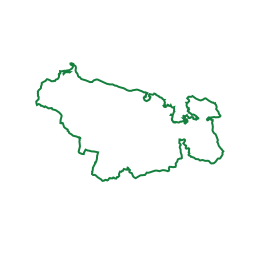 the district of Memba, Nampula, Mozambique, rotated 294°
{"feature_id": "85939544B76219123027909", "entity_name": "Memba", "entity_type": "district", "adm_level": 2, "iso_a3": "MOZ", "parent_name": "Mozambique", "parent_adm1": "Nampula", "projection": "natural_earth1", "projection_center": [40.424, -13.966], "detail": "fine", "context": "isolated", "style": "outline", "palette": "green", "viewbox_px": 256, "rotation_deg": 294, "n_neighbors": 0, "source": "geoboundaries", "source_scale": "gbopen_adm2", "svg_char_len": 5950}
<svg xmlns="http://www.w3.org/2000/svg" viewBox="0 0 256 256"><g transform="rotate(294 128 128)"><path d="M112.0,35.5L113.5,36.6L113.6,37.2L113.5,38.7L112.9,39.3L113.3,40.5L113.1,43.1L114.1,43.6L113.6,47.4L115.2,50.2L114.3,51.3L114.9,54.6L114.2,58.7L113.0,61.6L112.0,62.5L107.8,63.2L105.0,64.3L105.2,65.2L105.8,65.6L105.9,66.5L102.9,69.2L102.4,70.6L102.0,73.6L100.8,74.0L100.7,75.3L99.8,75.9L99.5,76.4L99.2,78.9L98.6,81.0L99.3,84.5L99.2,86.1L99.7,87.1L99.6,88.3L99.3,88.6L98.3,88.1L97.4,88.8L96.1,89.0L91.7,91.6L86.4,92.5L86.0,92.8L85.5,93.7L85.6,96.4L86.2,98.2L87.7,97.8L91.0,98.1L91.0,100.2L91.5,101.8L91.8,104.2L92.8,106.8L93.6,110.6L89.7,111.2L87.4,112.1L84.4,112.6L83.5,112.1L83.1,112.5L82.6,112.1L81.7,112.4L77.6,112.1L74.5,113.1L73.5,112.9L72.8,113.6L71.8,113.6L71.2,113.9L70.9,115.1L71.6,116.7L71.6,117.7L70.6,120.6L70.1,124.3L69.3,126.2L70.3,127.6L71.1,128.1L71.6,128.7L71.7,130.5L72.8,131.1L74.0,131.2L74.9,131.7L75.0,132.8L75.7,134.3L76.7,134.6L76.9,135.1L76.6,136.5L77.0,137.8L78.8,138.0L79.2,138.9L80.7,139.5L82.3,138.5L84.9,138.4L85.4,139.8L86.6,140.1L86.9,140.8L88.9,140.9L89.3,143.5L89.8,144.7L90.3,144.6L90.3,144.1L90.6,143.9L91.6,143.8L91.6,144.3L90.9,145.3L90.6,146.6L90.2,146.9L88.7,146.9L88.3,147.3L88.1,148.1L88.3,149.8L85.8,152.5L85.4,153.8L85.3,155.4L89.8,158.6L92.0,162.6L94.9,163.3L95.4,164.9L100.0,170.0L100.8,171.5L101.4,174.4L103.2,176.3L104.0,177.7L104.6,180.3L104.7,181.9L105.1,182.1L105.4,182.6L106.7,182.6L108.0,181.6L109.4,181.7L110.1,183.4L110.5,185.0L111.8,187.2L113.2,187.0L115.0,186.0L117.3,186.6L119.6,186.3L121.2,187.8L121.7,189.0L122.6,189.4L125.1,188.0L127.1,186.1L129.9,184.7L131.2,183.2L132.6,182.8L134.0,183.1L134.5,182.6L135.1,181.0L138.5,179.7L138.8,180.6L138.5,181.5L138.9,182.3L140.5,183.9L140.4,184.7L139.6,185.3L139.0,185.3L136.4,184.8L135.5,187.1L135.5,188.2L133.1,188.9L132.9,189.2L132.9,189.8L134.2,191.6L133.9,192.4L132.6,192.7L131.6,193.3L130.6,193.2L129.9,194.4L128.4,194.1L127.8,194.6L127.8,196.6L127.3,197.2L127.6,197.9L127.5,198.7L127.8,200.0L127.2,202.6L128.1,205.0L127.6,207.0L129.1,209.1L129.4,212.0L130.6,214.4L130.6,215.7L129.8,217.2L129.5,218.5L130.7,220.7L132.6,221.7L136.4,222.5L136.8,222.8L137.4,224.3L137.9,224.6L142.2,225.2L143.9,224.3L145.5,224.6L145.9,223.3L146.7,222.3L146.8,221.6L148.6,218.2L150.8,216.3L151.5,215.2L153.4,215.1L157.0,211.6L157.9,210.5L158.4,208.4L159.9,206.4L160.5,206.0L163.3,205.2L165.9,203.6L166.5,202.9L167.4,202.6L168.6,202.6L169.6,202.2L169.2,201.4L169.8,200.8L169.4,200.4L169.6,199.5L169.2,198.2L168.0,198.2L167.4,197.6L167.5,197.1L168.0,196.6L168.7,196.8L168.9,197.5L169.7,197.1L170.5,197.4L171.1,199.2L173.1,202.3L173.3,203.5L174.7,206.3L176.0,207.5L176.7,207.5L178.0,205.2L179.3,204.3L181.2,200.8L182.5,200.7L183.5,200.3L185.0,198.8L185.3,198.0L185.9,197.6L185.6,197.4L185.9,195.3L185.5,194.8L185.5,194.0L185.8,190.9L186.7,186.9L185.9,185.8L184.7,185.2L182.8,183.3L182.5,181.8L182.5,178.0L183.4,173.9L182.2,173.1L181.2,170.6L179.2,170.0L178.4,172.2L177.5,173.0L175.4,172.3L174.8,171.1L174.4,171.7L172.3,172.4L170.7,173.9L170.7,174.7L171.0,174.9L171.0,175.2L170.5,175.3L170.0,176.2L169.5,176.2L169.4,175.8L168.8,175.4L167.6,175.8L167.4,177.3L166.8,177.7L167.0,178.1L166.8,179.4L166.4,180.3L166.4,180.8L166.0,181.2L166.9,182.2L167.0,183.1L166.5,185.7L165.5,188.3L165.8,189.0L165.2,188.3L165.6,187.8L165.4,187.3L165.9,186.5L165.8,186.0L163.9,187.2L163.4,187.0L163.3,186.5L163.5,186.0L163.0,185.0L162.9,184.1L164.2,183.3L164.2,183.1L163.9,182.8L164.1,182.3L163.4,181.1L162.7,180.9L161.9,179.9L161.9,179.1L162.7,178.7L163.1,176.8L163.6,176.5L162.1,175.6L161.8,174.9L161.8,173.9L161.4,173.7L161.0,174.1L161.1,175.1L160.8,175.8L160.3,175.8L160.0,175.5L160.0,174.9L159.4,175.4L159.2,174.8L159.0,175.4L158.5,175.8L158.8,176.7L159.2,176.9L159.8,178.0L159.2,179.0L158.8,178.8L158.1,177.5L157.5,177.2L157.3,177.6L157.8,179.0L157.7,179.6L155.3,178.4L155.5,177.7L156.5,177.5L156.6,176.8L157.2,176.1L155.4,174.1L155.1,173.2L153.7,172.3L153.0,169.4L152.7,169.4L152.4,168.9L152.3,167.3L152.1,167.2L151.8,167.6L151.7,167.2L152.3,166.5L153.0,165.0L154.1,164.7L154.2,164.3L156.0,164.2L157.2,163.8L157.5,162.4L157.3,161.8L157.9,161.9L157.9,163.7L161.2,163.4L161.9,163.7L162.5,163.0L163.7,162.7L165.1,161.7L165.8,161.6L165.1,160.9L164.8,160.1L165.1,159.0L166.2,157.8L165.2,157.7L164.9,155.7L165.4,155.5L165.4,155.0L164.5,155.1L164.1,153.8L163.9,154.0L163.4,153.6L162.5,153.9L162.2,153.4L162.2,152.2L162.9,151.3L164.4,152.1L165.0,151.5L166.1,151.5L167.9,149.8L168.5,149.9L168.3,149.4L168.5,148.0L169.3,146.4L169.0,144.2L169.5,143.5L169.7,140.2L170.3,139.3L170.1,137.9L169.3,137.8L168.5,137.2L167.8,134.2L167.3,134.3L166.9,133.9L166.4,134.3L165.7,134.1L165.4,134.8L165.5,135.8L164.8,136.1L163.9,135.8L162.8,136.1L160.2,134.2L160.1,132.6L160.4,131.6L161.9,130.1L163.5,130.3L163.8,131.0L163.5,131.4L163.7,131.6L166.1,130.8L167.2,131.7L167.8,131.6L167.6,129.0L167.0,128.3L167.2,125.6L166.9,121.4L166.6,120.3L164.4,117.0L163.4,116.0L162.4,113.8L162.2,111.7L162.6,108.1L161.8,103.1L161.9,100.1L161.4,98.8L161.6,96.2L160.4,93.6L159.8,90.6L159.9,80.5L159.3,79.2L157.5,77.3L155.5,76.6L154.5,74.7L154.4,70.4L153.8,65.9L153.8,65.2L154.8,63.5L154.6,62.5L155.1,61.4L157.1,59.6L157.9,57.8L159.4,56.6L161.7,56.0L163.1,55.0L163.7,52.5L164.3,52.1L164.2,50.0L163.5,49.2L162.8,49.6L162.5,50.6L162.8,51.7L162.0,52.6L160.7,52.8L159.3,52.5L157.0,50.9L155.2,48.1L154.6,47.6L154.9,48.4L154.6,49.5L155.5,50.4L155.0,51.3L155.5,52.4L155.3,52.3L154.9,51.9L154.8,51.4L155.1,50.5L154.1,49.7L153.9,48.3L151.1,47.2L151.5,46.9L152.7,47.4L153.9,46.6L154.8,47.0L152.8,44.5L152.3,42.8L150.6,43.8L149.6,43.0L149.0,43.6L148.4,43.2L147.4,43.9L146.1,44.2L144.3,43.9L142.7,42.3L141.3,42.2L140.9,41.1L140.3,40.6L139.6,39.0L139.9,37.0L139.8,34.8L139.5,34.0L137.3,33.5L136.6,32.7L134.1,30.9L132.3,31.6L130.7,31.6L129.2,32.2L128.2,32.0L126.4,31.1L124.6,30.8L124.0,31.3L122.9,31.5L122.1,32.2L120.7,32.6L120.1,33.7L117.9,34.6L114.9,33.4L113.3,34.3L112.0,35.5Z" fill="none" stroke="#15803d" stroke-width="2"/></g></svg>